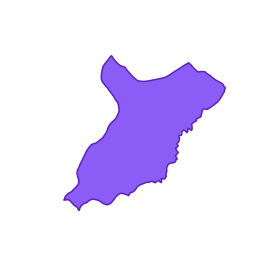 outline of Karluway #1, Maryland, Liberia, rotated 133°
{"feature_id": "62588387B21181915979204", "entity_name": "Karluway #1", "entity_type": "district", "adm_level": 2, "iso_a3": "LBR", "parent_name": "Liberia", "parent_adm1": "Maryland", "projection": "albers", "projection_center": [-7.745, 4.792], "detail": "fine", "context": "isolated", "style": "filled", "palette": "violet", "viewbox_px": 256, "rotation_deg": 133, "n_neighbors": 0, "source": "geoboundaries", "source_scale": "gbopen_adm2", "svg_char_len": 3620}
<svg xmlns="http://www.w3.org/2000/svg" viewBox="0 0 256 256"><g transform="rotate(133 128 128)"><path d="M39.0,128.1L44.1,129.7L49.1,130.9L51.1,131.4L56.4,132.8L60.6,133.8L63.1,134.5L66.2,135.7L67.9,136.8L69.6,138.0L69.8,138.2L72.0,139.7L73.4,140.7L75.1,142.0L77.3,143.5L80.6,145.9L83.2,148.2L83.6,148.6L85.4,151.1L86.9,153.1L87.0,155.9L87.2,160.5L86.7,164.4L86.5,167.7L86.0,169.7L85.6,171.4L86.0,172.8L86.1,173.2L87.5,175.7L87.6,176.3L87.6,176.6L87.8,178.0L87.8,180.5L87.8,181.2L87.6,183.3L87.2,185.6L86.7,188.0L86.4,188.9L86.5,189.4L87.0,189.5L87.7,189.5L92.3,189.0L97.4,188.7L100.4,188.1L103.3,186.5L105.3,185.1L106.7,184.2L108.7,182.5L110.2,181.1L111.7,178.4L112.1,175.5L112.4,174.1L112.7,171.0L112.7,170.3L112.9,169.6L113.5,167.3L113.7,164.7L113.8,164.3L114.2,162.7L114.8,159.7L115.3,158.0L115.8,156.6L116.1,155.0L116.5,152.8L117.3,151.3L118.2,150.0L119.4,148.7L120.1,147.6L121.8,146.2L123.0,145.4L124.2,144.9L126.0,144.4L127.8,143.8L128.5,143.7L129.6,143.5L132.7,143.5L135.0,143.7L137.4,143.8L139.1,143.4L141.4,142.8L144.0,141.5L144.7,141.3L145.5,141.1L147.1,140.7L149.8,140.2L152.9,139.8L156.3,140.4L158.6,140.6L161.2,141.3L162.9,142.4L164.9,143.4L165.2,143.4L168.9,143.3L172.6,142.8L176.9,141.4L179.9,140.4L183.6,139.4L185.9,138.7L188.4,137.9L190.6,136.9L193.4,136.2L194.7,135.3L196.4,134.0L197.2,132.6L198.1,131.6L198.7,130.0L199.9,128.3L201.4,126.9L202.8,126.2L204.7,125.8L206.8,125.7L208.8,125.9L210.6,125.9L212.7,125.9L215.1,126.5L217.0,127.2L219.7,127.2L221.6,126.9L223.0,126.1L224.1,125.8L224.7,126.1L223.6,124.9L221.4,123.1L220.7,121.6L220.9,118.7L221.2,114.8L220.6,110.9L221.5,108.8L221.8,108.1L221.2,107.6L219.3,108.6L216.9,109.2L213.5,108.8L210.4,107.2L207.5,107.0L207.0,106.8L204.3,105.6L204.0,105.2L202.8,103.4L201.4,101.0L200.6,98.6L200.4,96.5L200.2,94.9L200.0,94.4L198.9,91.5L198.0,90.8L197.2,90.1L194.6,89.3L193.9,89.3L190.6,89.4L188.2,89.7L186.2,89.9L183.4,89.7L181.0,88.9L179.8,87.8L179.2,86.7L178.8,85.9L177.9,83.8L177.7,83.2L177.0,81.5L175.4,81.8L174.4,82.3L172.5,81.5L171.2,80.7L168.3,80.5L164.0,81.1L160.9,80.2L159.1,79.3L158.4,78.9L155.7,77.8L154.7,77.0L154.1,76.2L152.8,75.4L151.2,74.6L150.3,73.9L150.3,72.5L149.6,71.2L149.0,70.5L147.9,70.6L146.9,70.6L146.0,70.2L145.6,69.5L145.6,68.6L145.6,67.8L145.3,66.6L144.7,66.6L143.8,67.3L142.9,68.6L142.1,69.1L141.7,68.4L141.2,67.5L140.8,66.8L139.7,66.5L139.2,66.5L137.5,67.0L135.7,68.9L133.2,70.1L132.0,71.3L131.2,72.2L130.8,72.5L129.6,73.0L127.6,73.7L127.3,73.7L126.7,73.6L126.1,73.6L124.3,72.5L123.8,72.2L122.4,71.0L120.6,70.4L120.4,70.5L119.5,70.7L119.0,70.8L118.3,71.4L118.0,71.2L117.3,70.9L116.5,72.0L116.5,73.1L116.0,74.3L114.4,74.3L112.7,74.5L111.7,74.5L111.3,75.8L111.3,77.4L110.8,78.5L110.3,79.4L109.5,79.0L108.2,79.0L106.6,79.4L106.6,80.3L106.1,81.4L104.9,81.5L103.5,81.5L102.2,82.0L101.1,83.0L100.9,83.1L100.1,83.6L99.9,84.5L99.7,84.9L98.9,85.4L97.9,84.6L96.7,84.1L95.7,84.6L94.0,85.8L93.6,86.1L91.8,86.0L91.1,84.3L91.1,81.8L89.9,81.9L89.3,82.4L89.1,82.7L88.8,82.9L88.4,83.2L87.2,83.7L86.7,82.0L86.8,80.3L86.4,80.2L85.6,80.1L85.4,80.1L83.8,81.6L82.7,82.9L82.3,83.3L81.4,84.2L80.9,84.2L79.6,83.9L77.3,83.3L75.9,82.9L75.8,83.1L75.0,83.9L73.7,83.8L70.8,82.5L69.6,82.7L67.5,83.8L65.6,85.0L64.2,85.9L62.5,85.5L60.9,83.8L60.5,83.2L60.2,82.7L58.7,82.2L52.6,80.9L48.1,80.3L44.4,80.5L40.0,81.3L37.1,82.1L35.5,82.4L33.8,83.7L32.7,84.0L32.4,84.0L32.1,86.3L31.3,88.3L31.4,90.2L32.2,93.2L33.0,96.1L33.3,98.1L33.6,100.4L33.7,103.6L33.9,105.2L34.1,106.1L34.4,107.4L34.3,109.7L35.1,111.1L36.7,113.0L38.0,113.9L39.0,114.9L39.5,116.4L39.4,119.0L39.3,122.4L38.9,125.1L39.0,127.5L39.0,128.1Z" fill="#8b5cf6" stroke="#5b21b6" stroke-width="1.5"/></g></svg>